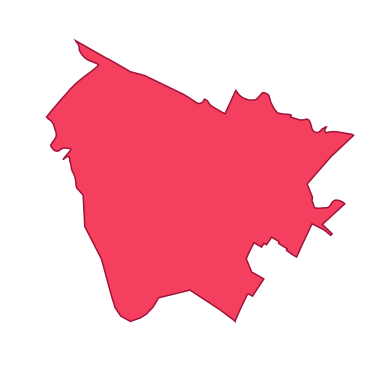 outline of San Pedro Mártir, Oaxaca, Mexico, rotated 187°
{"feature_id": "50627088B40688642514204", "entity_name": "San Pedro Mártir", "entity_type": "district", "adm_level": 2, "iso_a3": "MEX", "parent_name": "Mexico", "parent_adm1": "Oaxaca", "projection": "orthographic", "projection_center": [-96.704, 16.749], "detail": "fine", "context": "isolated", "style": "filled", "palette": "rose", "viewbox_px": 384, "rotation_deg": 187, "n_neighbors": 0, "source": "geoboundaries", "source_scale": "gbopen_adm2", "svg_char_len": 3434}
<svg xmlns="http://www.w3.org/2000/svg" viewBox="0 0 384 384"><g transform="rotate(187 192 192)"><path d="M338.1,221.3L337.2,219.8L336.4,218.9L336.2,218.7L335.3,217.7L333.2,216.3L332.4,216.2L330.5,216.1L329.1,216.8L327.4,218.4L324.8,220.1L321.0,220.2L317.7,220.3L317.4,219.1L318.2,217.8L323.8,209.0L324.0,208.4L322.0,210.4L320.7,211.8L318.4,211.9L317.5,210.4L317.1,207.7L316.2,206.1L315.2,203.4L314.3,199.8L312.8,197.2L311.4,195.4L310.0,192.5L308.7,188.3L307.8,184.3L306.8,181.8L299.7,175.7L294.2,144.7L274.1,115.0L273.7,114.4L258.0,76.1L255.5,71.0L254.4,68.0L247.6,60.2L237.4,56.0L227.7,60.9L222.5,65.2L216.6,73.1L212.2,82.9L182.1,94.4L150.2,78.7L133.4,69.0L133.5,69.3L129.5,82.6L124.5,97.3L123.3,97.6L119.2,96.0L115.3,104.0L110.1,114.5L123.1,119.9L130.0,132.3L128.3,138.1L124.6,148.7L124.4,149.2L116.2,145.8L114.9,148.7L114.4,149.7L111.7,148.7L107.4,156.8L99.6,153.3L99.7,151.5L90.6,147.2L91.1,145.8L91.0,145.5L83.9,141.7L80.3,140.2L78.3,146.3L76.5,152.3L70.1,171.6L69.0,175.1L56.1,170.4L54.6,169.4L51.1,167.2L49.5,166.2L49.0,165.9L47.8,167.6L58.7,175.7L38.9,198.9L41.5,200.6L44.9,201.5L47.0,201.6L49.6,201.1L51.5,199.1L52.1,197.8L52.9,196.1L54.0,194.0L55.9,192.9L59.4,192.3L63.4,191.4L66.5,191.2L68.5,191.2L70.3,195.2L71.8,198.1L71.8,201.5L78.7,214.0L58.4,244.0L38.5,267.9L40.0,268.7L44.5,268.9L51.9,269.3L57.8,269.3L58.5,269.3L62.3,268.5L66.0,267.3L67.8,268.3L67.6,270.7L66.5,272.9L67.1,272.9L70.7,270.2L71.7,268.7L73.5,266.7L75.7,266.2L76.7,266.5L77.7,266.7L78.4,266.9L79.2,267.7L79.8,268.2L80.9,269.9L81.6,272.1L82.3,273.5L83.3,275.8L84.7,277.6L86.3,278.3L87.8,278.1L89.7,277.3L91.3,276.9L93.9,276.7L100.7,277.9L103.5,278.3L102.8,280.0L102.8,280.3L103.6,280.6L104.6,280.8L105.7,280.8L108.7,280.6L109.9,280.6L111.1,280.5L113.7,280.6L116.8,281.0L117.0,281.1L117.7,281.8L120.7,284.7L122.7,287.6L124.7,290.6L127.3,296.9L127.9,297.6L129.2,298.4L130.9,299.0L132.7,299.3L134.1,299.2L138.2,293.3L139.8,291.6L141.2,290.9L146.4,290.2L147.8,290.4L152.6,291.5L156.8,293.9L160.9,298.2L168.8,273.7L172.0,274.9L178.4,277.6L181.3,278.9L184.2,280.4L185.4,281.5L186.4,282.8L187.6,284.2L189.1,285.1L191.0,285.6L192.4,282.4L195.0,280.8L197.7,280.6L197.9,281.1L199.1,281.5L200.0,282.0L201.3,282.7L201.8,282.9L203.9,284.0L205.2,284.7L207.4,285.7L207.8,285.9L210.2,286.9L211.6,287.6L213.4,288.3L213.8,288.4L215.1,288.8L217.0,289.5L220.9,290.8L224.0,291.9L225.6,292.4L226.7,292.8L228.4,293.4L230.6,294.1L231.9,294.6L232.9,294.9L234.1,295.3L235.2,295.7L236.2,296.0L240.5,297.5L241.3,297.8L243.7,298.6L244.8,299.0L246.5,299.5L247.6,299.9L248.7,300.3L249.7,300.6L251.0,301.1L253.1,301.8L267.9,303.9L269.1,304.4L270.8,305.2L273.2,306.2L276.4,307.5L278.4,308.4L280.1,309.1L281.6,309.8L283.6,310.6L286.0,311.6L290.7,313.6L293.1,314.3L322.9,326.7L326.0,328.0L325.1,326.8L323.9,325.7L323.0,324.7L322.2,323.4L321.8,322.4L321.4,320.9L321.3,319.4L320.5,318.1L320.0,317.5L319.3,316.4L318.2,315.3L316.3,313.4L315.1,312.4L313.5,311.6L312.3,310.8L310.9,310.2L308.7,309.5L307.5,309.3L305.0,308.6L304.3,308.4L302.4,308.0L300.1,306.6L303.3,302.8L306.3,299.8L314.0,292.4L316.8,289.5L320.7,285.2L325.2,279.5L328.6,274.4L332.9,268.3L333.6,267.2L339.3,258.6L341.1,255.9L345.5,248.7L343.3,246.8L341.9,246.2L340.2,245.1L338.1,242.8L337.1,241.0L336.2,238.8L335.6,237.5L334.9,236.1L334.1,234.4L333.7,232.4L333.7,231.1L333.6,230.8L333.9,229.4L334.7,227.8L335.5,226.2L336.3,224.7L337.0,223.4L337.5,222.1L338.1,221.3Z" fill="#f43f5e" stroke="#9f1239" stroke-width="1.5"/></g></svg>